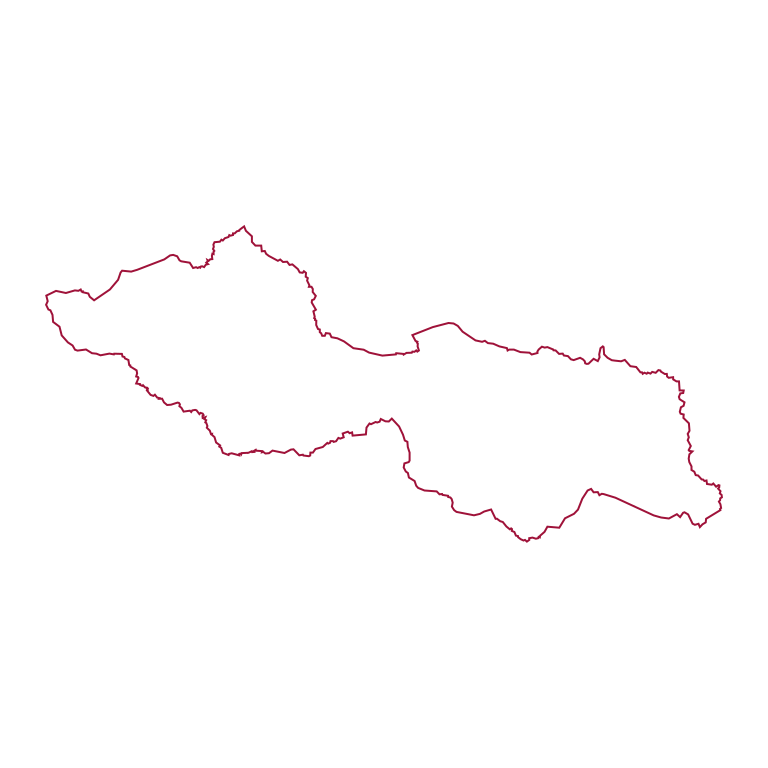 outline of Si Samrong, Sukhothai, Thailand
{"feature_id": "78962969B21904854514402", "entity_name": "Si Samrong", "entity_type": "district", "adm_level": 2, "iso_a3": "THA", "parent_name": "Thailand", "parent_adm1": "Sukhothai", "projection": "albers", "projection_center": [99.692, 17.177], "detail": "fine", "context": "isolated", "style": "outline", "palette": "rose", "viewbox_px": 768, "rotation_deg": 0, "n_neighbors": 0, "source": "geoboundaries", "source_scale": "gbopen_adm2", "svg_char_len": 6100}
<svg xmlns="http://www.w3.org/2000/svg" viewBox="0 0 768 768"><path d="M265.4,453.5L269.0,453.2L272.5,450.6L284.5,453.0L290.9,449.6L293.5,449.3L299.3,455.3L302.9,454.7L303.4,455.5L308.9,456.2L310.2,455.5L310.4,452.6L312.9,452.6L315.5,449.0L322.8,447.0L327.3,442.9L328.2,443.6L330.0,442.8L330.5,441.1L333.0,441.1L333.7,441.9L336.1,441.2L338.4,437.9L340.3,438.6L343.7,437.3L342.7,433.5L347.9,431.7L349.6,433.2L352.1,432.4L352.6,435.6L365.9,434.4L366.5,427.6L369.5,423.5L371.0,424.2L375.6,422.0L377.2,422.5L379.6,421.7L380.8,419.0L385.4,421.3L388.8,421.5L391.8,418.6L399.1,426.5L403.0,434.7L404.8,440.5L407.4,441.8L407.8,447.0L409.6,452.6L409.6,460.6L408.7,462.1L404.4,463.4L403.7,467.5L405.8,471.5L407.9,473.0L408.9,477.5L414.6,481.0L416.2,485.7L418.1,487.9L424.5,490.5L436.7,491.4L439.5,494.3L442.1,494.0L442.5,494.9L448.1,495.8L448.2,497.0L450.4,497.5L451.7,499.1L452.7,502.7L451.9,506.6L454.1,510.1L456.5,511.9L474.0,515.3L479.9,513.9L484.2,511.5L491.1,509.5L495.6,518.8L496.9,518.7L500.2,521.2L502.8,522.0L506.4,526.5L509.8,529.3L511.1,528.4L512.0,529.1L511.8,530.9L514.4,532.0L515.9,535.6L518.0,536.1L518.1,537.2L520.7,539.2L523.5,540.5L525.0,539.9L526.9,541.6L529.3,539.9L529.2,538.2L532.5,537.6L535.9,538.7L538.1,538.2L538.6,536.9L539.8,537.4L540.1,535.7L544.5,531.9L547.4,526.7L559.3,527.7L565.0,518.3L574.0,513.8L578.0,509.6L582.3,498.7L587.6,490.5L591.1,488.9L593.6,492.3L597.8,492.1L599.4,495.2L601.8,493.8L603.7,494.1L615.4,497.7L653.7,515.4L661.1,517.5L668.9,518.5L676.9,514.2L680.1,517.1L683.1,512.8L684.5,512.3L688.1,514.4L692.6,523.7L694.9,524.8L698.5,523.8L699.9,527.1L702.5,524.3L705.7,522.4L706.1,518.8L720.4,510.1L720.0,509.0L721.1,508.0L720.4,504.2L718.9,501.6L720.1,500.2L720.2,498.4L721.9,497.3L721.6,494.9L719.8,493.4L720.5,491.2L718.1,488.6L719.2,487.4L719.4,485.4L718.5,485.1L716.1,486.7L713.3,483.5L711.8,484.7L707.0,484.0L706.5,480.5L704.4,481.0L703.2,479.6L701.6,479.4L698.1,475.5L695.7,475.1L694.3,471.7L691.5,470.0L691.5,466.4L689.3,462.1L688.7,458.6L689.4,454.3L692.4,451.4L689.3,450.9L688.7,450.1L690.8,446.0L687.7,440.2L688.8,437.3L687.7,433.9L689.5,430.8L688.9,423.3L683.4,417.9L683.7,414.5L680.6,413.7L679.8,411.8L680.9,407.3L683.6,405.8L684.5,402.3L679.7,399.3L678.9,396.9L680.3,393.4L683.2,393.0L683.7,390.5L679.6,390.4L679.0,381.4L676.5,381.4L673.2,379.4L673.1,377.2L668.7,377.8L667.1,376.5L666.8,373.9L664.8,374.0L660.9,371.6L660.4,370.5L658.4,370.1L655.7,372.8L652.2,371.9L650.5,373.6L647.7,372.6L646.7,373.7L644.4,372.7L642.7,373.8L642.0,372.3L640.4,372.3L636.2,367.0L630.4,366.2L624.8,359.9L621.1,361.3L614.7,360.6L611.8,360.2L607.6,357.8L604.1,354.3L603.6,347.1L602.8,346.4L600.5,348.2L599.2,354.4L599.6,357.3L597.8,361.1L593.6,358.8L588.5,363.7L586.8,363.9L585.2,363.3L584.8,361.3L583.0,359.4L580.1,357.8L573.7,360.1L570.9,359.3L567.9,356.1L563.9,355.5L562.7,353.6L559.1,353.9L555.6,350.4L553.5,350.3L553.2,349.5L547.4,347.1L544.7,347.6L541.9,346.7L538.7,349.5L537.4,351.5L537.5,353.0L531.7,354.5L529.5,352.7L520.4,352.1L513.9,349.6L509.2,349.6L507.6,350.5L506.9,348.1L499.4,346.4L493.2,343.7L487.9,343.1L484.9,340.8L482.1,341.8L475.5,340.4L462.6,331.7L457.8,325.9L453.6,323.5L448.5,323.0L432.8,327.1L412.4,335.1L415.5,340.9L417.4,341.7L416.9,342.6L417.8,343.6L417.6,346.4L418.9,350.5L417.3,351.6L416.2,350.4L414.5,351.8L412.4,351.6L411.8,352.7L406.5,352.9L403.6,354.6L403.3,353.9L396.2,353.2L395.9,354.4L382.4,355.6L369.1,352.6L363.7,349.7L353.4,348.2L344.0,341.4L337.4,338.3L331.5,337.2L329.8,333.6L325.9,333.1L324.8,335.8L322.2,335.8L321.2,333.3L319.8,332.2L319.8,329.5L318.0,329.0L316.2,325.0L316.3,320.6L315.0,320.0L315.1,318.6L314.2,318.1L314.7,316.6L313.4,311.3L315.9,309.7L311.7,302.5L312.0,300.2L314.1,299.3L315.8,295.9L312.7,292.0L312.8,289.0L311.5,286.8L308.9,286.8L309.4,285.3L307.1,280.6L307.8,278.1L305.7,276.7L306.0,272.9L303.9,271.2L302.7,272.8L299.7,272.4L297.9,269.1L292.4,264.4L289.5,264.9L287.1,261.7L283.0,262.0L280.2,259.5L277.9,260.8L268.8,255.9L266.1,253.8L264.8,251.0L261.8,251.3L261.2,245.6L255.4,245.6L251.9,241.9L251.9,236.3L245.9,230.8L244.1,226.4L239.4,229.9L239.3,230.7L236.9,231.3L234.7,233.4L233.0,233.4L233.0,235.0L230.5,235.7L229.3,235.1L228.5,237.0L224.9,238.2L222.8,240.5L221.4,239.7L219.9,241.7L214.5,242.2L213.4,244.6L213.8,246.9L213.0,249.0L214.3,250.9L213.6,251.6L213.6,254.1L212.4,253.7L211.9,255.8L212.3,259.1L210.2,259.3L208.7,260.8L207.4,260.0L207.8,261.3L206.3,262.6L208.0,264.1L205.8,264.7L204.1,267.1L202.2,266.3L200.9,266.5L200.2,267.7L199.3,267.1L197.7,268.0L196.1,267.2L193.1,268.0L189.7,262.7L181.2,261.3L179.5,260.3L177.2,256.3L173.2,254.9L170.1,255.4L164.3,259.4L137.2,269.8L131.2,271.6L122.1,270.7L120.6,272.5L118.1,279.8L109.9,289.5L94.1,300.3L89.8,296.8L88.3,293.5L82.7,292.2L82.8,291.4L81.5,291.4L80.7,289.5L78.4,290.8L74.9,290.4L65.9,293.0L56.0,290.9L46.3,295.6L47.7,301.2L46.1,304.8L48.4,309.5L50.4,310.3L52.5,314.9L53.1,321.9L59.5,326.7L61.7,335.4L67.9,342.4L72.6,345.5L75.0,349.7L77.5,350.6L86.0,349.5L92.0,353.2L96.5,353.7L100.5,355.3L109.4,353.6L113.9,354.4L114.2,353.7L121.9,353.9L122.5,356.5L124.4,357.0L124.9,358.4L128.4,360.0L129.2,365.0L130.3,365.4L130.3,366.5L136.6,370.4L137.1,373.4L136.2,376.5L138.0,377.0L138.5,378.0L136.2,383.5L140.0,384.1L139.9,384.8L142.3,385.9L143.0,385.2L145.0,387.4L147.3,387.8L147.8,388.5L147.0,389.1L147.7,390.0L147.0,390.5L150.6,394.9L153.4,395.9L154.9,394.7L157.2,397.6L159.5,398.1L159.1,398.8L162.1,398.7L164.0,402.4L167.1,405.0L171.0,404.7L177.5,402.6L178.9,402.9L179.9,404.3L179.4,406.2L181.4,407.8L183.6,411.6L189.9,410.7L191.2,412.0L192.3,410.4L195.1,409.9L196.5,410.3L199.4,414.1L200.5,412.9L202.7,413.6L203.6,415.1L202.5,416.0L202.7,418.0L205.4,417.1L204.4,419.2L206.2,420.2L205.3,422.4L206.3,423.0L207.4,426.0L206.8,427.7L209.8,430.6L211.0,434.1L212.0,433.9L211.8,434.7L214.5,437.1L216.1,442.5L220.1,445.4L219.3,446.6L221.2,447.8L222.8,452.8L228.6,455.0L229.0,453.9L231.7,453.3L239.4,455.4L239.3,453.9L241.0,453.5L241.3,454.1L241.7,453.1L248.0,452.8L248.5,453.5L248.4,452.8L251.8,451.2L252.1,452.1L254.4,451.9L254.1,450.8L255.8,449.8L256.1,450.7L262.2,451.1L261.9,452.3L263.3,451.9L265.4,453.5Z" fill="none" stroke="#9f1239" stroke-width="2"/></svg>